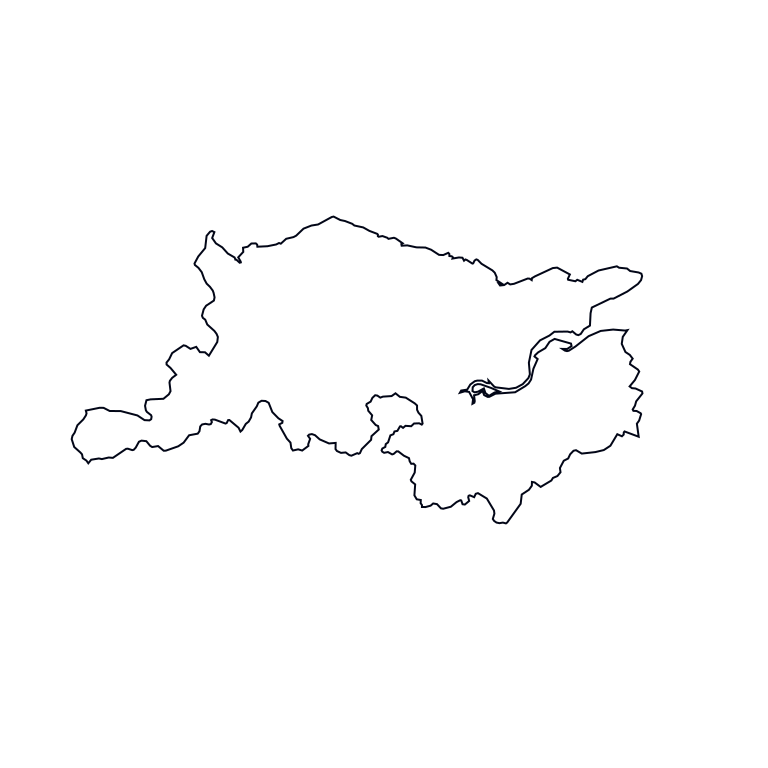 an SVG outline of Jiangsu, rotated 309°
{"feature_id": "CHN-1818", "entity_name": "Jiangsu", "entity_type": "Province", "adm_level": 1, "iso_a3": "CHN", "parent_name": "China", "parent_adm1": "", "projection": "mercator", "projection_center": [119.061, 32.938], "detail": "fine", "context": "isolated", "style": "outline", "palette": "ink", "viewbox_px": 768, "rotation_deg": 309, "n_neighbors": 0, "source": "natural_earth", "source_scale": "10m", "svg_char_len": 6167}
<svg xmlns="http://www.w3.org/2000/svg" viewBox="0 0 768 768"><g transform="rotate(309 384 384)"><path d="M395.3,156.6L389.3,158.6L387.5,164.9L388.4,172.3L387.1,180.5L388.3,188.3L387.1,190.3L387.7,191.0L387.4,195.5L388.4,196.2L389.0,195.5L390.7,191.0L398.1,191.5L401.2,188.7L404.9,191.7L409.7,192.5L412.6,195.9L412.5,197.7L411.0,199.2L417.7,206.7L424.6,212.4L427.5,213.7L428.1,215.5L435.3,216.6L441.2,221.2L444.0,222.4L454.1,223.7L461.5,227.9L466.5,232.4L480.9,238.3L482.4,239.5L483.9,246.8L486.1,251.1L488.5,258.5L488.5,261.2L492.6,269.3L493.8,276.3L496.4,284.2L496.3,285.2L495.0,286.2L495.1,287.2L498.0,289.7L499.7,294.5L499.6,296.1L503.9,299.7L504.5,301.6L505.1,310.0L503.7,309.4L502.6,310.7L506.4,314.9L510.6,323.2L516.1,330.3L518.0,336.1L519.0,345.5L521.5,348.9L526.4,351.4L526.2,352.9L524.6,354.3L525.9,356.3L525.8,357.9L524.6,358.3L529.5,362.6L531.5,365.5L530.2,368.6L532.0,368.9L532.5,370.3L533.2,376.9L533.9,377.4L536.9,376.7L538.9,377.3L539.4,378.7L538.8,384.1L540.5,396.7L540.2,400.0L538.0,404.3L535.5,406.0L536.2,413.1L534.7,411.6L535.0,410.1L534.4,409.4L533.6,412.2L536.5,415.1L540.4,416.3L540.8,419.4L543.7,422.0L556.4,429.3L557.5,430.9L557.7,433.4L559.4,432.4L562.7,433.6L580.3,442.2L583.4,445.3L586.1,459.5L581.4,460.7L580.9,461.5L584.3,468.1L586.6,468.6L588.2,473.9L590.4,473.1L592.2,474.5L596.0,474.5L607.2,479.3L622.0,490.9L622.3,493.5L626.7,500.2L626.7,504.2L630.9,511.7L631.7,514.6L630.3,516.7L626.5,518.4L621.6,518.4L609.0,514.9L594.9,508.7L592.8,506.2L574.2,497.4L569.0,500.0L559.0,507.3L552.3,504.9L546.7,505.4L544.3,504.3L543.4,502.2L543.5,497.2L541.5,496.5L540.3,493.7L531.8,483.5L525.8,482.1L516.1,477.8L503.3,477.2L491.7,483.2L483.3,491.3L479.4,492.5L471.2,491.9L464.2,489.0L458.8,484.2L451.7,472.9L451.3,471.3L452.5,463.0L450.6,465.0L449.5,463.4L448.3,458.0L445.4,454.4L443.3,452.8L437.9,451.4L432.0,452.2L427.5,448.1L425.0,448.5L429.2,451.4L431.4,455.1L428.2,462.8L424.3,465.2L426.3,466.0L427.8,465.3L431.9,461.1L435.4,463.7L440.6,465.0L438.4,468.8L439.2,472.6L440.3,473.9L446.6,476.7L460.1,491.1L471.2,495.1L475.4,496.0L480.0,495.5L489.9,490.5L500.1,487.7L500.1,483.6L501.4,483.3L505.7,483.9L513.4,486.8L521.0,486.1L526.4,488.2L533.1,503.9L531.5,505.9L526.5,504.3L523.5,500.5L523.8,503.6L524.7,505.5L526.2,506.7L533.7,509.2L549.9,512.9L561.6,519.0L570.5,527.8L577.3,537.8L579.1,539.3L570.9,539.9L564.8,543.5L560.8,551.5L561.3,556.7L560.2,561.3L556.4,561.5L554.2,562.7L555.0,572.2L554.3,574.5L545.0,576.5L536.7,576.4L536.8,579.3L538.8,582.3L540.6,589.3L539.3,590.8L529.2,590.9L525.1,592.7L520.7,593.3L520.1,594.7L522.0,597.3L522.8,601.9L522.4,602.8L516.1,605.3L512.3,605.5L503.3,615.1L498.5,600.8L497.3,600.8L495.5,602.1L493.1,601.8L491.8,596.9L478.5,598.8L471.0,596.4L464.1,591.1L454.4,581.5L453.4,574.9L451.4,573.3L446.5,572.9L442.0,574.0L437.5,572.0L429.4,573.6L426.5,576.7L421.6,576.7L417.3,574.4L414.3,574.8L402.6,570.5L402.3,563.0L401.0,560.6L398.0,562.9L393.0,563.2L384.8,560.6L376.9,565.6L353.9,566.9L352.4,566.5L351.1,563.6L348.5,561.3L347.1,558.6L346.9,555.7L347.6,553.5L352.7,551.4L354.9,549.1L359.7,536.0L358.3,525.7L356.4,524.4L352.8,525.3L351.5,520.8L350.4,520.1L349.0,520.7L346.7,523.8L341.2,522.7L340.0,520.7L342.1,517.3L341.7,516.4L337.9,514.7L330.7,513.2L324.3,508.5L323.2,506.5L324.0,500.8L322.1,497.4L318.8,496.8L314.5,493.7L312.3,490.9L313.8,489.7L314.4,487.5L317.0,485.6L315.0,482.0L316.6,477.7L325.6,471.4L325.6,466.6L326.4,465.1L334.5,463.6L340.4,459.6L340.7,457.1L339.1,455.4L340.1,452.6L342.1,450.1L340.8,444.6L340.6,437.5L339.6,436.2L335.7,435.5L334.4,434.6L333.6,429.9L330.6,427.4L330.3,425.3L330.9,423.9L332.8,423.3L335.9,424.6L338.4,423.2L341.2,423.9L348.1,421.3L350.9,422.9L353.7,422.0L356.0,423.9L361.1,423.1L361.8,423.7L361.9,426.4L365.0,427.0L368.3,431.7L372.2,432.2L375.6,436.1L376.2,438.9L377.5,438.9L382.7,433.1L383.4,428.8L384.8,425.9L388.1,423.2L388.3,420.1L387.1,409.5L384.0,404.4L384.0,398.8L379.4,397.5L373.5,391.1L371.1,389.7L370.8,386.1L369.7,384.2L365.9,383.7L361.9,384.7L357.6,383.1L356.1,383.8L355.1,386.7L353.3,388.6L352.2,394.5L348.0,396.7L346.9,403.4L347.6,405.9L345.3,408.6L335.6,407.1L332.5,409.1L319.5,407.7L315.1,408.8L313.8,408.2L313.4,406.7L307.8,403.8L306.9,401.8L306.7,397.3L303.4,393.9L302.3,389.6L302.9,387.3L307.8,383.5L303.2,378.7L300.5,368.9L300.8,362.6L299.7,359.5L297.6,357.7L295.9,357.5L294.9,361.1L289.5,363.0L288.3,364.2L280.8,362.3L279.2,358.4L275.0,355.1L275.8,352.3L279.6,348.2L280.4,342.9L285.8,329.3L286.7,328.0L289.8,329.4L291.4,328.5L290.9,323.5L291.9,314.9L296.8,306.2L296.2,302.6L293.9,299.4L290.4,298.1L286.6,299.2L278.0,299.8L274.4,301.7L269.6,302.5L266.0,301.7L259.0,302.8L256.7,302.4L258.5,298.5L258.7,286.5L257.9,285.6L254.6,286.3L253.5,285.7L249.9,275.0L248.5,273.0L247.1,272.4L246.1,274.2L243.8,274.6L242.4,273.5L240.7,270.3L238.1,268.1L235.4,267.9L231.2,270.3L228.2,270.5L221.5,264.8L212.3,265.2L206.1,263.3L194.9,256.4L193.5,254.8L193.6,247.5L189.1,243.5L188.8,241.1L190.0,235.3L187.4,231.2L184.9,229.9L178.3,231.1L175.3,230.9L174.2,230.0L172.5,225.6L171.3,224.4L156.0,219.8L153.6,216.3L148.1,212.0L146.7,209.3L140.9,204.1L136.3,204.1L137.2,200.9L136.8,196.6L139.3,193.6L139.7,191.2L140.1,182.9L144.6,176.0L147.7,174.5L151.5,174.2L159.0,171.7L167.3,172.6L172.0,172.1L174.0,171.3L175.7,169.0L186.6,178.0L189.0,181.1L190.4,187.8L197.3,196.5L204.4,212.2L205.2,220.6L208.1,224.6L210.1,225.2L212.3,224.0L213.2,222.6L213.1,217.3L213.7,215.5L216.7,212.0L221.9,209.6L225.2,212.3L233.7,221.9L240.6,223.3L244.1,222.6L250.1,216.4L251.7,215.6L255.5,215.5L260.4,216.7L262.1,208.1L262.3,202.8L263.8,201.5L267.9,201.5L274.7,199.9L287.9,203.9L288.9,205.9L289.5,211.5L294.7,214.7L292.9,220.9L296.0,224.9L295.8,230.1L311.7,228.0L316.0,225.3L317.6,222.3L318.5,218.8L319.0,209.2L321.5,204.6L321.4,201.6L322.5,199.6L328.5,196.9L332.9,196.5L341.8,199.3L344.7,197.8L347.6,194.2L348.8,192.2L350.0,187.6L350.4,183.0L352.3,178.4L356.2,172.0L357.5,166.7L357.5,162.1L358.4,160.9L366.2,159.4L377.1,159.5L387.5,152.9L392.9,153.0L394.7,154.1L395.3,156.6ZM448.3,469.6L450.7,478.2L446.9,475.2L440.9,473.1L440.8,468.5L443.4,464.4L437.2,461.9L434.5,459.6L434.2,457.2L437.3,455.0L440.3,455.2L442.9,456.9L444.6,459.3L448.3,469.6Z" fill="none" stroke="#020617" stroke-width="2"/></g></svg>